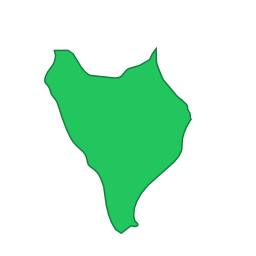 outline of Gia Lai, rotated 161°
{"feature_id": "VNM-478", "entity_name": "Gia Lai", "entity_type": "Province", "adm_level": 1, "iso_a3": "VNM", "parent_name": "Vietnam", "parent_adm1": "", "projection": "equal_earth", "projection_center": [108.233, 13.818], "detail": "fine", "context": "isolated", "style": "filled", "palette": "green", "viewbox_px": 256, "rotation_deg": 161, "n_neighbors": 0, "source": "natural_earth", "source_scale": "10m", "svg_char_len": 1466}
<svg xmlns="http://www.w3.org/2000/svg" viewBox="0 0 256 256"><g transform="rotate(161 128 128)"><path d="M75.6,193.8L76.8,190.0L79.6,181.0L79.9,177.4L79.4,165.8L78.7,161.5L71.5,142.8L70.0,139.9L67.9,137.0L67.8,136.5L66.9,134.7L65.3,132.0L64.8,130.3L64.8,129.0L65.4,126.5L65.5,125.4L64.6,121.8L65.0,119.9L65.5,118.5L65.7,117.2L65.5,115.7L67.4,114.4L73.1,109.2L76.6,105.1L79.8,100.5L81.7,96.4L82.9,93.1L84.2,90.1L86.2,87.6L89.6,84.5L95.5,80.9L127.7,67.4L137.2,61.6L143.8,55.5L147.9,50.4L150.4,45.4L151.4,42.0L151.7,39.5L151.6,38.0L151.3,37.0L150.3,35.1L150.1,34.2L150.2,33.1L150.8,32.6L151.7,32.4L152.9,32.4L154.0,32.8L156.0,34.0L156.7,34.4L157.6,34.4L168.6,30.7L172.8,36.0L174.3,44.1L174.6,52.4L173.6,62.2L170.0,80.7L170.1,88.4L170.8,93.5L172.2,97.3L173.6,99.9L176.3,103.8L177.1,105.4L177.5,107.0L177.4,109.2L177.0,111.6L176.9,114.7L177.2,117.4L178.3,120.4L182.3,127.7L184.5,133.1L185.3,136.4L186.5,146.1L186.9,158.8L186.6,173.8L186.8,176.4L187.4,178.7L188.9,182.8L189.4,185.0L189.5,187.1L189.3,189.5L189.4,191.6L189.7,193.3L191.0,196.5L191.4,198.1L191.3,199.8L190.4,201.8L188.6,204.2L185.8,207.0L178.4,212.3L176.5,214.2L174.8,216.4L172.8,220.2L172.4,225.3L159.5,221.0L155.8,216.1L152.5,200.9L151.4,197.9L150.3,195.1L148.3,191.8L146.3,189.9L123.7,179.3L120.3,178.8L118.5,178.9L116.9,179.4L111.0,183.0L109.5,183.6L107.9,183.9L96.8,183.4L86.1,185.4L85.2,185.8L84.5,186.4L80.9,190.1L78.3,192.0L75.6,193.8Z" fill="#22c55e" stroke="#15803d" stroke-width="1.5"/></g></svg>